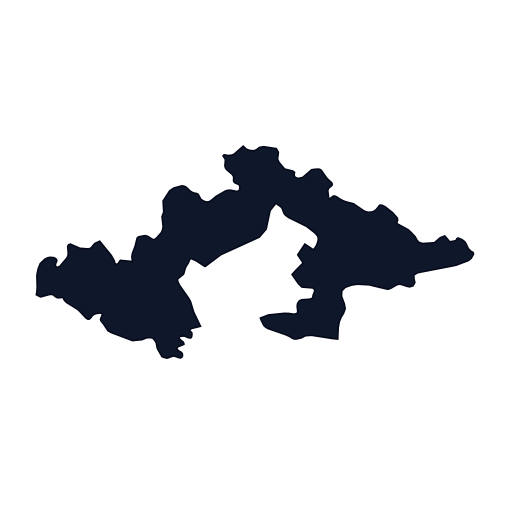 an SVG outline of Zagrebacka, rotated 185°
{"feature_id": "HRV-1588", "entity_name": "Zagrebacka", "entity_type": "County", "adm_level": 1, "iso_a3": "HRV", "parent_name": "Croatia", "parent_adm1": "", "projection": "robinson", "projection_center": [16.033, 45.768], "detail": "fine", "context": "isolated", "style": "filled", "palette": "ink", "viewbox_px": 512, "rotation_deg": 185, "n_neighbors": 0, "source": "natural_earth", "source_scale": "10m", "svg_char_len": 5118}
<svg xmlns="http://www.w3.org/2000/svg" viewBox="0 0 512 512"><g transform="rotate(185 256 256)"><path d="M129.6,235.4L140.9,237.1L152.5,236.7L158.3,235.3L164.4,232.5L167.4,228.8L167.3,223.5L163.8,216.0L162.5,211.3L163.7,206.8L165.8,202.5L167.3,197.8L167.8,191.7L167.3,180.3L172.6,180.4L193.7,181.8L199.9,180.8L203.8,178.3L208.9,176.7L211.3,176.7L213.0,177.4L215.5,178.7L219.4,180.1L238.0,184.8L240.3,186.0L242.2,187.5L245.0,192.0L246.3,194.6L238.5,198.4L222.9,201.4L218.6,201.7L213.1,201.4L210.7,202.1L209.6,203.4L209.8,205.3L210.3,207.5L210.7,210.1L210.4,212.6L208.8,215.3L206.4,216.5L199.0,217.6L196.9,218.5L196.0,219.2L195.8,220.4L195.8,221.6L194.3,227.1L195.0,227.8L196.7,229.1L207.5,229.0L211.3,232.0L218.5,240.7L215.3,245.0L208.5,253.2L214.6,260.8L208.4,272.2L199.2,267.2L196.7,271.8L195.7,275.4L195.5,277.5L195.6,279.3L196.1,280.5L196.4,281.2L197.7,282.6L199.9,284.5L208.3,289.9L226.8,297.1L228.8,298.3L230.6,299.5L231.9,301.0L232.7,302.6L233.4,304.2L234.3,305.9L235.6,307.2L240.8,310.1L245.9,302.5L248.2,283.6L254.4,275.0L291.1,254.2L305.7,241.1L306.7,241.4L315.2,246.0L320.4,247.8L321.2,247.5L321.8,246.4L322.7,243.4L324.7,239.5L324.9,239.1L325.6,236.5L326.2,233.1L326.4,232.1L326.9,231.2L331.5,226.8L332.2,225.8L331.6,223.7L329.8,220.5L318.9,207.5L317.2,204.8L313.2,194.8L305.1,181.1L314.0,178.1L314.9,177.3L315.8,176.4L315.6,176.0L315.2,175.6L313.5,174.3L313.1,173.4L312.9,172.3L313.0,170.1L313.4,169.2L313.7,168.7L314.3,168.6L315.2,168.6L316.5,168.7L317.7,169.1L319.5,169.8L320.5,169.9L321.8,169.8L324.7,169.2L325.5,168.5L325.5,167.6L324.7,166.6L323.8,165.8L321.1,164.1L320.6,163.4L320.0,161.9L321.1,161.1L325.6,158.9L326.6,157.7L326.6,156.6L325.8,155.6L324.9,155.0L323.8,154.3L322.2,153.7L321.3,152.9L320.6,151.8L320.5,149.6L321.3,148.4L322.4,147.8L323.7,147.9L328.1,149.0L329.3,149.1L330.3,148.9L334.5,146.9L335.7,146.5L336.1,146.4L336.6,146.5L340.8,147.4L345.5,154.1L346.4,155.6L347.7,160.3L348.5,161.8L349.6,163.2L351.3,164.8L352.2,165.3L354.2,165.4L357.6,165.0L362.5,162.6L371.7,160.9L393.7,167.1L397.0,168.6L401.8,174.7L404.2,177.2L404.9,178.0L405.3,178.8L405.4,179.6L405.2,180.5L404.5,182.4L404.0,184.6L404.7,185.3L406.5,185.6L410.5,184.6L412.6,183.4L413.7,182.6L414.7,180.8L415.3,179.9L416.1,179.0L416.9,178.4L418.1,178.4L419.8,179.2L427.4,186.0L429.2,187.3L440.6,193.1L442.5,194.6L443.7,196.0L444.1,197.2L444.9,197.6L446.1,197.7L448.6,197.1L450.5,197.1L452.9,198.3L454.1,199.4L456.0,199.9L458.3,199.6L467.1,196.4L471.5,198.2L471.2,202.0L471.3,205.6L472.6,217.3L472.5,219.6L471.9,224.3L470.3,229.7L466.1,234.5L463.8,235.9L461.2,236.8L457.3,236.8L455.1,235.9L454.0,234.5L454.2,232.7L454.9,230.9L455.0,229.1L454.1,227.7L452.4,227.6L450.5,228.7L444.1,237.8L443.3,240.4L443.5,243.5L444.5,249.1L443.7,251.0L441.9,251.7L432.1,248.4L423.5,248.5L421.1,249.6L417.8,254.4L413.0,257.2L400.2,244.0L396.7,238.9L396.0,236.6L395.2,235.9L394.1,235.7L393.4,235.9L392.8,236.3L392.5,236.8L391.2,239.3L390.7,239.9L378.5,239.8L379.3,242.6L379.6,244.2L379.6,245.9L379.3,248.1L377.2,255.7L376.1,263.1L375.9,263.7L375.2,264.6L374.0,265.1L368.3,266.7L367.4,266.6L365.3,266.1L360.1,263.4L358.7,263.6L357.1,264.8L352.4,271.0L351.5,273.6L351.1,277.1L353.1,287.0L351.8,291.8L353.4,302.7L347.7,313.5L343.7,316.7L335.6,319.6L332.4,319.0L329.9,317.3L327.8,315.4L325.5,314.1L323.5,313.4L320.5,313.1L319.2,312.6L318.2,311.3L315.8,307.7L312.7,306.1L310.4,305.6L308.7,305.7L306.8,306.4L305.7,307.3L300.8,312.1L292.2,318.1L290.0,319.0L287.1,319.4L280.6,318.7L279.1,319.3L278.2,320.6L278.1,322.4L278.4,324.4L279.2,325.4L280.3,326.0L283.0,326.8L284.4,327.8L285.0,329.1L285.1,331.8L285.4,333.3L286.2,334.5L287.3,335.6L292.4,339.1L294.2,341.1L294.9,343.1L294.9,348.6L295.3,350.1L296.4,351.3L297.0,352.0L297.6,353.1L297.0,353.8L296.2,354.1L292.4,353.7L288.7,354.5L286.7,355.6L278.3,364.4L275.5,362.1L274.2,361.4L271.9,360.8L268.9,360.6L266.6,360.9L264.3,362.4L262.0,364.6L257.7,365.6L245.1,364.8L242.7,361.3L242.8,356.8L243.0,355.4L242.9,354.3L241.2,351.3L235.1,345.2L226.8,343.9L225.9,343.4L224.8,342.6L225.0,341.4L225.0,340.0L224.6,338.8L223.7,337.9L222.3,337.3L220.7,337.0L216.3,338.4L208.2,346.8L204.3,347.7L201.2,348.1L199.6,347.8L198.4,347.1L192.7,340.3L191.0,338.7L186.7,335.4L186.2,333.6L187.1,332.1L188.8,330.7L189.9,329.0L190.1,327.1L188.6,320.2L188.2,319.5L187.6,319.3L184.7,322.1L183.9,322.6L182.4,322.6L180.6,321.9L177.2,320.0L174.3,318.8L171.4,317.9L163.4,316.6L152.4,310.4L150.5,309.8L148.2,309.4L144.7,309.9L142.6,310.8L141.0,312.1L140.0,313.2L137.2,317.5L134.9,317.6L131.7,316.4L123.8,311.2L118.7,306.4L118.1,305.0L118.0,304.1L118.2,302.9L118.6,301.7L118.5,300.8L116.9,299.9L106.7,295.5L103.6,293.1L99.1,289.1L96.8,285.6L95.4,284.3L93.8,283.5L90.9,283.0L79.5,284.8L74.0,290.4L69.7,292.5L64.8,287.7L63.9,287.0L62.8,287.5L59.2,288.4L57.8,289.4L57.4,290.9L56.2,291.6L52.3,290.4L49.6,288.7L48.0,286.9L45.1,281.9L42.2,279.4L40.0,278.5L39.4,276.9L39.7,276.2L41.3,272.6L43.8,270.0L55.9,264.2L64.1,261.8L93.5,253.4L93.7,253.2L97.1,250.8L96.6,247.3L95.4,243.4L96.9,240.0L100.2,238.6L103.5,239.0L106.9,239.9L110.4,240.5L113.3,239.5L118.9,235.5L121.8,234.3L129.6,235.4Z" fill="#0f172a" stroke="#020617" stroke-width="1.5"/></g></svg>